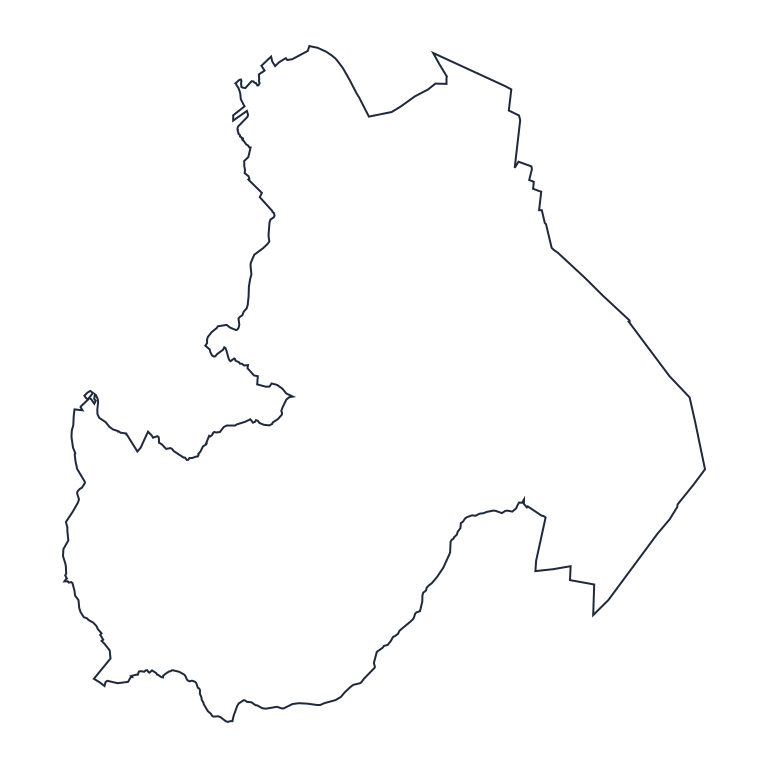 Emiliano Zapata, Hidalgo, Mexico
{"feature_id": "50627088B36596593410465", "entity_name": "Emiliano Zapata", "entity_type": "district", "adm_level": 2, "iso_a3": "MEX", "parent_name": "Mexico", "parent_adm1": "Hidalgo", "projection": "natural_earth1", "projection_center": [-98.616, 19.664], "detail": "fine", "context": "isolated", "style": "outline", "palette": "slate", "viewbox_px": 768, "rotation_deg": 0, "n_neighbors": 0, "source": "geoboundaries", "source_scale": "gbopen_adm2", "svg_char_len": 6000}
<svg xmlns="http://www.w3.org/2000/svg" viewBox="0 0 768 768"><path d="M551.6,247.7L546.0,224.1L544.8,223.0L541.8,210.2L539.1,210.2L541.2,191.8L533.1,188.8L533.8,181.8L529.2,180.0L531.9,169.3L531.4,166.4L518.5,161.7L514.7,167.9L520.2,120.1L519.0,115.5L508.8,110.5L511.3,89.4L505.3,86.2L433.2,53.0L439.2,63.9L446.9,76.6L446.5,77.6L446.5,83.9L435.4,83.6L428.0,89.5L414.8,96.4L400.9,106.4L391.7,112.0L368.9,116.6L359.3,97.8L356.2,92.7L349.9,80.4L342.9,68.1L337.8,61.3L335.4,58.5L332.1,55.7L326.2,51.7L317.6,47.8L309.3,46.1L307.8,50.9L292.3,59.2L287.2,60.0L285.9,58.2L285.0,58.6L278.9,62.4L275.1,66.1L272.2,61.4L271.1,56.6L261.4,65.8L264.6,70.6L258.9,74.4L259.2,79.5L258.9,80.5L259.6,83.3L258.4,85.4L257.3,85.4L256.0,83.1L254.3,82.6L253.5,81.5L251.6,81.2L245.4,88.0L243.0,87.7L241.5,87.1L241.3,86.2L241.1,83.0L241.4,80.6L241.0,79.5L239.5,79.8L235.5,83.3L236.0,83.6L236.7,85.4L238.4,87.9L239.4,90.5L240.3,93.7L240.8,99.2L244.5,106.4L233.2,115.3L233.2,120.6L246.9,110.9L248.0,114.7L247.6,116.7L238.0,126.6L237.4,129.1L237.9,129.9L237.6,130.9L238.4,132.5L238.4,133.7L240.0,135.2L240.0,136.5L242.0,137.8L241.7,138.0L242.0,138.9L242.6,138.5L243.0,138.8L242.9,140.4L243.8,141.0L246.2,144.4L248.2,145.6L249.3,147.4L250.6,147.5L248.3,157.1L244.2,161.0L244.3,166.4L245.0,169.8L244.7,173.2L248.5,176.2L249.4,179.0L248.4,179.6L261.9,192.9L259.8,197.2L272.2,210.9L272.5,211.9L274.1,213.3L274.5,215.8L273.9,217.2L270.5,219.5L269.5,222.6L268.5,235.5L269.3,241.6L267.5,244.0L263.1,248.2L254.2,254.8L250.9,262.6L250.5,265.0L251.4,274.4L250.1,279.3L248.9,286.6L248.6,296.5L247.7,305.0L246.6,308.5L243.7,311.7L242.3,315.3L239.5,317.2L238.5,318.5L239.3,324.8L238.5,328.0L237.1,329.8L235.8,330.0L230.1,327.6L226.6,324.9L217.8,326.3L216.9,327.9L211.5,332.3L207.8,337.0L207.0,339.8L207.1,343.1L205.3,345.7L209.7,349.4L210.4,352.2L211.9,355.3L213.8,356.5L215.3,356.3L217.2,354.0L223.0,349.8L224.3,347.3L225.4,348.0L226.7,351.5L228.6,358.5L229.6,360.5L230.5,361.2L234.2,358.5L235.0,359.0L235.5,360.7L239.1,362.3L239.8,363.6L242.0,363.8L244.1,365.5L248.0,365.1L247.5,368.2L253.9,375.4L257.8,376.2L257.2,384.4L265.8,386.7L269.5,386.6L271.6,383.5L277.1,384.9L282.4,388.7L286.3,393.5L292.9,396.6L289.1,397.3L286.4,399.5L282.6,407.3L281.3,410.9L282.0,412.9L281.9,414.6L277.9,419.1L272.8,422.4L272.2,423.9L269.3,425.4L263.9,424.8L259.3,422.9L258.0,420.9L256.0,420.2L255.0,421.8L253.0,422.7L250.3,419.3L245.1,421.8L236.5,424.5L235.2,425.5L226.7,425.5L223.7,427.1L219.9,432.0L216.2,432.5L214.2,432.0L213.0,433.0L212.2,434.9L211.3,435.7L210.1,436.5L209.2,435.8L205.9,443.8L206.4,443.8L206.0,444.5L203.0,446.4L200.3,451.8L198.3,453.9L198.6,454.9L197.8,456.5L196.4,456.5L192.2,458.0L189.4,458.1L188.3,459.8L186.7,459.9L185.0,457.6L183.7,457.6L175.4,452.2L173.8,451.1L172.0,448.9L170.5,448.1L166.1,448.9L161.8,444.3L159.0,442.7L158.9,438.4L158.4,436.8L157.3,436.2L153.0,437.7L151.7,435.4L148.0,431.7L140.6,447.8L137.4,451.5L126.9,434.7L126.5,434.7L126.3,433.5L120.5,432.7L119.2,431.7L118.3,431.7L118.3,431.2L112.9,429.4L109.3,426.7L105.6,422.1L99.2,417.8L97.5,414.3L97.3,409.8L98.1,402.2L97.6,398.8L95.9,395.1L94.9,394.3L94.2,398.8L95.7,400.8L94.3,403.7L91.2,399.2L89.0,397.9L93.0,393.0L90.2,390.9L87.4,392.7L84.4,395.7L86.1,398.1L88.0,399.6L80.7,406.6L80.6,407.2L82.5,410.3L74.5,409.4L73.7,416.2L73.3,425.2L71.8,430.5L71.6,434.1L71.5,437.0L73.0,447.6L75.3,453.4L74.7,454.5L75.5,461.3L77.2,469.0L84.6,481.4L85.0,482.8L82.0,487.6L79.7,489.0L77.5,491.5L77.1,493.4L79.0,499.4L77.9,502.7L72.8,511.6L65.9,522.0L67.4,527.5L67.3,530.1L68.3,540.5L63.4,549.1L63.0,556.2L65.4,563.8L65.9,566.7L66.2,573.7L65.2,575.4L66.9,578.5L66.2,578.8L64.4,581.4L67.8,581.3L68.7,582.6L71.2,582.1L72.4,583.0L74.4,590.3L75.1,595.6L78.5,600.2L79.2,607.8L80.5,612.0L83.8,617.2L87.0,618.3L88.4,619.9L93.2,622.6L96.5,626.1L97.8,629.1L101.5,633.2L100.2,634.8L103.2,639.7L101.6,640.9L104.5,643.8L109.7,650.4L110.5,658.5L93.9,678.8L99.6,682.3L104.5,686.0L105.6,682.0L107.4,680.8L117.5,683.2L128.0,681.9L130.3,677.9L131.0,677.1L131.8,677.1L130.9,676.1L136.6,674.6L137.7,674.8L138.9,671.6L140.3,671.2L144.4,671.7L145.6,670.4L147.1,670.2L148.7,672.3L149.5,672.6L152.0,670.4L155.6,672.7L156.6,673.5L156.8,674.4L158.2,674.9L160.9,676.9L163.0,677.4L163.1,675.8L165.9,673.5L169.2,671.4L170.6,671.3L171.6,670.4L173.0,670.3L179.2,671.8L184.4,674.7L185.8,676.8L186.8,679.4L188.4,680.9L189.6,681.3L191.9,680.7L194.7,681.6L196.2,682.9L197.8,687.7L199.3,688.6L200.0,690.5L199.9,693.7L201.4,697.3L201.8,699.9L203.5,702.8L203.7,704.1L207.9,711.2L210.8,713.7L212.2,715.9L213.4,716.6L218.2,716.3L220.4,717.1L225.9,721.3L227.8,721.9L230.6,721.1L232.4,721.2L233.6,715.9L237.2,705.9L238.7,703.5L243.7,700.2L244.7,700.3L247.1,701.9L251.5,702.3L255.5,705.2L257.3,705.4L262.2,708.2L265.8,708.7L277.0,706.8L281.6,708.4L283.6,708.4L292.6,704.0L298.9,703.2L306.9,703.6L317.2,705.0L320.2,705.0L324.2,703.2L335.5,700.1L340.8,697.0L344.7,692.4L350.2,687.2L353.3,684.8L359.0,683.5L360.6,682.9L361.6,681.9L364.1,678.6L374.5,667.9L374.9,667.0L373.9,662.9L376.8,651.9L382.8,647.6L383.8,646.0L387.7,644.9L390.8,641.0L393.0,637.0L395.1,636.0L398.0,633.8L399.6,630.6L410.7,621.4L413.6,618.5L415.2,613.7L416.4,612.4L420.0,611.1L422.3,601.5L422.4,595.6L423.2,592.7L426.0,590.5L426.6,587.9L428.6,585.6L431.7,583.3L436.9,577.2L443.3,567.7L449.7,553.6L450.1,552.2L450.6,541.5L451.9,539.7L453.6,538.6L454.0,537.3L456.7,534.8L457.8,531.6L460.4,528.2L460.9,523.1L463.0,521.6L465.1,518.4L466.9,517.2L472.1,515.3L475.3,515.8L479.9,513.6L483.1,513.3L486.8,511.9L493.2,510.6L495.5,510.8L501.9,513.1L505.1,511.0L507.2,510.6L512.3,511.6L516.3,508.2L517.3,505.6L519.1,502.5L522.0,502.8L524.0,499.4L523.9,503.9L526.9,507.4L527.8,506.4L541.5,515.6L543.5,516.0L545.6,517.5L536.1,560.9L535.4,571.1L553.1,569.2L570.6,566.2L570.0,580.1L594.2,584.5L593.2,615.1L608.4,600.0L657.4,533.8L669.6,519.4L677.3,506.9L677.6,504.4L693.1,485.2L705.0,469.3L695.1,421.6L689.6,397.4L669.5,376.2L628.8,321.8L629.6,321.7L629.5,320.4L602.9,295.7L585.3,278.2L557.8,252.7L553.8,249.9L551.6,247.7Z" fill="none" stroke="#1e293b" stroke-width="2"/></svg>